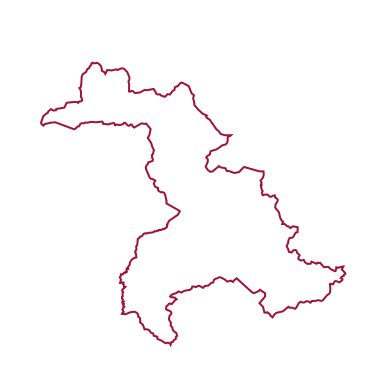 San Antonio de Putina, Puno, Peru, rotated 259°
{"feature_id": "86281439B17280612130391", "entity_name": "San Antonio de Putina", "entity_type": "district", "adm_level": 2, "iso_a3": "PER", "parent_name": "Peru", "parent_adm1": "Puno", "projection": "mercator", "projection_center": [-69.619, -14.709], "detail": "fine", "context": "isolated", "style": "outline", "palette": "rose", "viewbox_px": 384, "rotation_deg": 259, "n_neighbors": 0, "source": "geoboundaries", "source_scale": "gbopen_adm2", "svg_char_len": 5977}
<svg xmlns="http://www.w3.org/2000/svg" viewBox="0 0 384 384"><g transform="rotate(259 192 192)"><path d="M90.0,326.3L90.1,323.4L89.6,321.0L90.6,319.3L87.2,318.0L87.0,317.1L90.0,313.2L92.5,311.6L93.0,307.2L98.1,304.2L98.1,302.6L98.7,301.6L97.8,300.6L100.8,296.1L98.9,294.6L99.5,291.4L101.4,289.5L104.0,288.8L104.0,285.6L105.9,283.7L107.5,284.0L109.2,285.5L109.7,285.5L112.2,283.6L114.1,283.4L115.3,282.7L115.4,280.3L113.6,278.3L114.8,275.7L117.7,275.5L120.6,274.5L123.5,276.5L126.2,277.5L128.2,279.0L128.0,281.6L128.5,282.6L132.3,286.0L132.4,287.9L137.3,289.0L139.1,284.4L137.8,281.7L139.9,280.1L140.1,279.0L143.1,276.7L143.3,274.4L145.6,275.7L146.7,274.6L149.9,273.6L155.4,273.5L160.7,270.7L163.6,271.5L166.6,274.2L167.9,274.7L169.3,274.1L170.8,272.5L172.7,272.9L173.0,271.3L172.2,268.3L172.8,267.2L175.0,265.8L175.6,262.5L175.2,261.0L175.8,260.6L178.0,260.5L179.5,261.5L180.9,260.9L185.1,260.8L185.5,261.7L186.5,261.2L187.8,262.1L190.1,261.5L192.7,264.5L195.5,265.8L198.6,266.1L199.4,262.1L206.5,248.2L205.9,246.5L202.6,242.1L202.6,237.1L205.3,232.7L206.1,230.1L208.9,229.4L210.9,224.4L212.3,223.4L208.2,216.1L208.4,213.7L210.4,211.9L214.1,210.2L218.9,213.4L221.4,213.7L223.0,212.6L224.0,213.2L225.5,216.7L228.0,217.7L228.6,218.6L229.1,224.3L232.0,230.6L232.3,234.1L233.3,235.6L234.5,236.3L236.6,237.2L237.9,237.1L239.6,238.0L240.0,239.5L239.6,239.9L240.3,241.1L241.3,235.6L243.4,231.2L246.4,230.0L248.8,228.0L259.6,223.2L262.3,220.4L263.3,220.2L264.2,221.2L266.8,217.4L271.8,213.8L276.7,211.0L280.9,211.3L283.5,210.9L286.6,212.4L288.4,210.8L290.1,210.2L296.6,209.0L300.3,204.4L301.4,202.7L301.1,201.3L298.4,197.9L298.7,197.0L297.9,195.1L295.6,194.3L294.9,192.3L291.9,189.0L292.7,186.5L290.6,183.7L292.6,180.0L294.0,179.2L294.2,177.1L295.0,176.1L295.8,175.4L297.7,175.3L298.6,174.5L299.9,174.5L300.5,173.7L300.5,167.0L301.3,164.9L299.7,160.5L299.9,155.4L301.0,154.0L302.3,153.3L302.8,151.6L302.3,150.3L302.8,149.3L308.9,150.7L312.7,150.8L314.4,152.0L316.3,152.4L321.9,151.4L325.8,148.9L326.5,147.9L326.8,145.7L325.9,142.3L326.9,140.8L326.6,136.5L327.9,132.1L324.4,129.4L326.6,128.6L328.3,126.5L330.1,127.0L333.0,126.6L335.1,125.4L336.7,123.8L337.1,119.9L337.9,119.0L337.5,117.9L336.1,117.4L334.5,115.3L333.3,114.8L332.6,112.7L330.2,111.1L328.3,107.1L326.2,105.7L318.6,103.8L316.0,102.6L315.5,101.3L313.8,102.0L311.3,102.2L306.7,101.1L304.3,101.8L302.9,101.7L302.2,100.6L302.3,98.2L301.2,97.2L302.2,96.3L302.8,94.1L303.5,86.0L299.2,82.8L299.4,74.6L298.2,74.1L298.4,71.5L300.3,69.3L298.4,66.2L297.0,65.3L296.9,64.1L294.7,60.4L289.0,57.1L287.6,57.1L285.5,58.8L286.5,59.6L286.7,60.5L287.0,66.2L286.6,70.9L276.1,88.2L276.1,89.0L278.2,92.5L278.1,93.9L280.0,95.2L280.6,96.9L280.0,98.9L280.6,100.3L279.9,103.0L280.2,105.8L278.7,111.2L278.3,117.2L277.9,117.6L275.9,117.7L274.2,123.2L274.8,124.5L274.5,125.7L274.8,127.9L274.4,128.7L272.4,129.0L272.1,129.5L272.7,130.7L271.5,133.6L271.6,135.7L272.0,137.7L272.9,138.5L272.8,139.5L269.3,141.9L269.0,143.0L270.0,144.5L269.4,145.9L267.8,146.3L266.3,147.6L269.0,155.6L267.8,158.7L267.9,160.1L261.6,163.4L255.8,160.9L253.6,158.9L247.8,161.3L243.3,161.7L240.5,162.6L236.7,160.9L236.1,159.8L233.2,159.4L231.2,159.9L230.0,159.1L229.4,154.7L227.7,153.8L226.8,152.4L225.0,151.3L223.1,151.3L214.5,153.1L212.8,154.2L212.6,155.2L210.2,158.1L207.5,156.1L204.2,156.8L202.5,159.4L200.6,159.0L199.6,159.3L197.7,161.4L197.4,163.2L196.3,164.6L194.3,165.1L187.9,165.3L185.7,164.7L175.8,176.3L175.4,176.3L172.4,173.9L168.2,164.2L164.9,161.3L164.4,161.6L163.9,161.0L162.4,160.7L161.8,159.8L161.9,159.2L161.2,158.4L160.9,157.2L161.2,156.3L160.6,154.5L161.1,152.1L160.4,151.6L160.7,150.0L160.2,148.8L160.6,147.9L159.8,145.7L160.2,140.8L159.9,139.3L160.4,138.6L160.2,136.5L158.1,134.3L158.1,132.4L157.0,131.7L156.3,129.9L150.2,128.0L149.3,126.8L146.4,126.6L144.3,124.7L143.6,125.2L142.2,124.8L141.5,125.2L138.4,124.9L138.2,122.4L136.9,119.6L134.4,117.5L132.6,117.0L130.4,114.7L128.8,114.7L129.4,113.5L129.1,113.1L126.0,112.8L125.7,112.4L126.3,111.6L125.4,110.8L125.8,109.7L124.3,108.3L124.8,106.5L123.6,106.4L122.1,104.8L119.7,105.6L116.4,104.0L116.0,105.2L116.6,104.6L117.0,105.0L116.1,107.5L114.9,106.6L114.2,107.3L112.1,107.1L111.5,108.4L109.3,104.8L108.1,104.6L107.0,105.4L105.3,104.4L102.6,104.0L102.3,103.2L100.9,102.9L99.8,103.6L97.6,102.8L97.4,103.9L96.4,102.6L95.2,103.8L94.5,102.8L93.7,103.3L92.5,102.8L92.1,103.5L90.0,101.2L87.4,102.1L86.7,100.7L85.7,100.0L84.7,103.5L85.7,108.2L85.6,111.4L85.3,112.9L84.0,114.7L82.1,115.7L80.1,115.3L78.4,116.8L75.2,116.7L74.1,116.1L71.0,118.5L66.2,119.2L65.9,121.4L64.8,123.4L61.7,124.9L60.5,126.9L58.2,127.0L56.6,130.3L54.4,130.0L52.0,133.6L48.7,137.1L48.7,139.8L47.4,141.4L46.1,141.8L48.6,143.1L48.6,144.9L50.0,145.9L50.8,148.0L52.8,148.5L53.6,149.9L56.6,149.7L58.8,147.5L60.9,146.7L62.7,146.9L65.0,145.5L67.4,146.4L71.5,145.0L74.8,146.4L76.4,148.5L77.9,148.7L79.5,147.6L81.1,144.8L82.1,144.1L84.9,145.2L85.3,146.5L86.7,148.0L86.8,148.7L85.8,150.7L89.2,155.0L89.7,156.4L91.3,155.3L92.3,153.3L92.6,151.4L93.7,150.6L95.1,152.6L95.8,157.3L97.0,159.6L95.4,162.3L96.5,165.9L96.3,171.3L97.4,173.3L99.1,174.2L98.8,176.2L97.9,177.5L98.6,180.1L98.4,181.5L95.8,184.5L97.3,186.6L97.0,190.0L99.1,193.6L99.1,195.6L101.5,196.7L102.4,198.7L102.4,200.2L103.1,202.0L102.9,203.4L101.9,205.0L99.5,207.8L97.3,209.5L97.6,213.1L95.9,215.1L97.0,216.1L98.8,219.3L82.1,231.8L81.0,233.4L81.0,234.5L82.1,238.7L83.1,240.0L78.6,244.5L75.2,243.6L70.0,237.0L65.7,239.8L59.8,240.1L59.4,241.8L59.6,243.0L58.6,243.6L57.8,244.8L55.7,245.4L53.6,247.2L56.2,249.7L57.3,251.8L57.5,258.4L61.0,264.7L59.8,265.5L59.5,267.8L57.7,271.0L58.6,272.3L62.6,275.7L63.5,277.8L62.2,280.1L62.2,281.6L63.0,283.0L62.4,285.3L60.7,287.2L62.1,288.9L61.5,292.5L61.8,295.0L60.4,298.2L60.7,299.8L65.0,305.0L65.8,307.1L67.0,308.3L70.8,309.4L75.3,309.8L75.5,310.6L74.4,312.7L76.9,314.9L77.3,316.0L75.2,319.6L76.8,322.7L77.8,323.1L79.2,321.6L80.3,322.9L80.7,325.0L81.7,325.3L82.4,326.9L83.5,326.8L87.5,324.3L90.0,326.3Z" fill="none" stroke="#9f1239" stroke-width="2"/></g></svg>